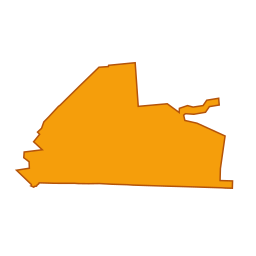 Carroll, New Hampshire, United States of America (Natural Earth projection), rotated 94°
{"feature_id": "52423323B18021300180262", "entity_name": "Carroll", "entity_type": "district", "adm_level": 2, "iso_a3": "USA", "parent_name": "United States of America", "parent_adm1": "New Hampshire", "projection": "natural_earth1", "projection_center": [-71.154, 43.884], "detail": "fine", "context": "isolated", "style": "filled", "palette": "amber", "viewbox_px": 256, "rotation_deg": 94, "n_neighbors": 0, "source": "geoboundaries", "source_scale": "gbopen_adm2", "svg_char_len": 1078}
<svg xmlns="http://www.w3.org/2000/svg" viewBox="0 0 256 256"><g transform="rotate(94 128 128)"><path d="M185.4,152.7L185.2,140.0L184.8,129.7L184.6,124.6L184.6,119.2L183.3,85.5L182.7,71.5L182.7,71.4L182.5,66.7L181.1,30.3L181.1,26.8L181.1,26.7L180.8,19.7L173.5,20.0L174.0,32.5L162.0,33.0L129.2,30.6L118.4,59.5L116.5,71.8L111.3,73.4L109.7,71.7L109.7,63.3L106.9,51.8L101.0,48.3L98.7,38.6L94.3,39.3L92.0,39.6L94.8,51.4L100.4,54.7L102.6,64.5L101.5,70.2L104.8,78.1L109.0,78.0L101.1,90.5L102.0,96.2L105.7,119.3L62.4,125.4L63.2,130.3L66.8,151.7L68.1,151.9L69.4,161.2L89.0,178.8L109.4,196.8L109.6,196.9L111.3,198.9L122.4,207.8L127.8,212.4L134.3,214.2L138.4,218.0L140.4,215.7L148.3,221.2L155.7,212.0L159.2,229.9L164.9,229.9L168.6,224.3L175.0,223.6L177.9,236.3L191.1,220.5L192.5,220.4L192.6,220.6L193.6,217.9L193.4,217.6L193.1,217.5L192.7,217.0L192.5,215.5L192.2,215.1L191.3,214.7L189.8,213.1L189.5,213.2L188.9,212.7L188.4,200.8L188.3,197.9L186.9,177.4L186.9,177.1L186.9,174.4L186.9,173.6L186.3,163.3L185.4,152.7L185.4,152.7Z" fill="#f59e0b" stroke="#b45309" stroke-width="1.5"/></g></svg>